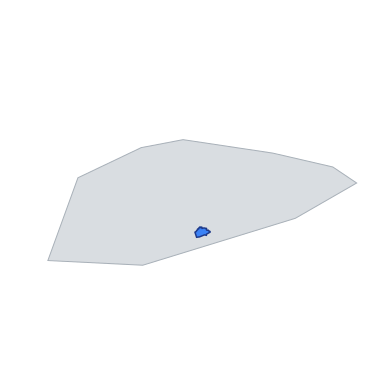 St. Joseph Estate, Dennery, Saint Lucia (highlighted), rotated 71°
{"feature_id": "8701671B99871718233737", "entity_name": "St. Joseph Estate", "entity_type": "district", "adm_level": 2, "iso_a3": "LCA", "parent_name": "Saint Lucia", "parent_adm1": "Dennery", "projection": "equal_earth", "projection_center": [-60.918, 13.902], "detail": "fine", "context": "in_parent", "style": "filled", "palette": "blue", "viewbox_px": 384, "rotation_deg": 71, "n_neighbors": 0, "source": "geoboundaries", "source_scale": "gbopen_adm2", "svg_char_len": 1694}
<svg xmlns="http://www.w3.org/2000/svg" viewBox="0 0 384 384"><g transform="rotate(71 192 192)"><path d="M245.2,262.4L209.9,350.6L141.4,295.2L133.5,225.6L139.6,183.4L181.5,103.0L214.2,50.7L237.1,33.4L250.5,102.8L245.2,262.4Z" fill="#d9dde1" stroke="#a8b0b8" stroke-width="1"/><path d="M227.7,195.8L227.7,196.0L227.8,196.3L227.9,196.5L228.0,196.7L228.0,196.9L228.1,197.0L228.3,197.2L228.5,197.2L228.6,197.3L228.7,197.5L228.9,197.5L229.0,197.6L229.0,197.8L228.8,198.0L228.9,198.3L228.8,198.5L228.9,198.8L229.0,198.9L229.3,199.0L229.5,199.0L229.7,199.3L229.7,199.5L229.8,199.7L229.8,199.8L229.9,200.1L230.0,200.2L230.1,200.3L230.3,200.5L230.5,200.6L230.5,200.8L230.6,201.0L230.7,201.4L230.8,201.5L231.0,201.6L231.0,201.8L230.8,201.8L230.8,202.0L231.0,202.2L231.1,202.3L236.3,202.4L236.9,199.5L236.6,194.2L237.6,192.5L236.6,192.0L235.9,188.1L235.7,188.1L235.5,187.9L235.4,187.8L235.2,187.8L234.9,188.1L234.7,188.2L234.7,188.3L234.6,188.5L234.4,188.7L234.3,188.8L234.0,188.9L233.7,189.0L233.4,189.1L233.4,189.3L233.3,189.6L233.2,189.7L233.2,189.9L233.1,190.1L233.0,190.3L232.9,190.3L232.7,190.5L232.4,190.6L232.2,190.6L231.9,190.4L231.6,190.3L231.5,190.2L231.4,190.2L231.2,190.2L231.2,190.3L231.1,190.6L231.0,190.8L230.9,191.0L230.6,191.2L230.5,191.3L230.4,191.4L230.4,191.5L230.2,191.7L230.2,191.8L230.1,192.1L230.0,192.3L229.9,192.5L229.8,192.8L229.8,193.0L229.8,193.6L229.8,193.8L229.7,194.1L229.7,194.3L229.4,194.4L229.3,194.2L229.2,194.2L228.8,194.1L228.7,194.1L228.4,194.2L228.3,194.3L228.3,194.5L228.3,194.8L228.5,194.9L228.5,195.0L228.5,195.3L228.3,195.3L228.2,195.4L228.0,195.5L227.9,195.5L227.7,195.4L227.5,195.2L227.7,195.8Z" fill="#3b82f6" stroke="#1e3a8a" stroke-width="1.5"/></g></svg>